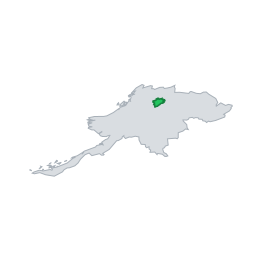 Yinmarbin, Sagaing, Myanmar (highlighted), rotated 74°
{"feature_id": "60261553B62517193175445", "entity_name": "Yinmarbin", "entity_type": "district", "adm_level": 2, "iso_a3": "MMR", "parent_name": "Myanmar", "parent_adm1": "Sagaing", "projection": "equal_earth", "projection_center": [94.702, 22.309], "detail": "fine", "context": "in_parent", "style": "filled", "palette": "green", "viewbox_px": 256, "rotation_deg": 74, "n_neighbors": 0, "source": "geoboundaries", "source_scale": "gbopen_adm2", "svg_char_len": 5827}
<svg xmlns="http://www.w3.org/2000/svg" viewBox="0 0 256 256"><g transform="rotate(74 128 128)"><path d="M157.4,113.6L155.5,112.3L154.0,113.5L151.8,113.0L152.1,115.5L150.8,116.3L148.6,116.0L147.3,119.8L142.6,120.7L139.6,120.0L137.9,123.3L137.8,127.1L137.0,129.4L137.4,133.3L135.4,134.4L134.2,134.1L134.9,135.9L136.4,136.7L137.4,140.8L137.1,142.4L143.4,151.9L145.4,159.3L146.9,158.3L147.3,159.0L146.8,161.0L144.8,162.5L144.6,170.4L141.4,172.3L141.6,174.9L141.9,176.8L144.8,182.1L147.9,185.7L149.7,189.5L150.1,195.2L149.6,197.5L150.5,200.9L152.1,203.1L154.0,212.1L150.3,220.0L146.6,225.1L146.2,230.6L145.0,232.5L144.4,230.7L144.1,225.0L145.9,221.3L146.4,214.3L147.6,212.8L147.0,212.1L145.5,212.6L146.0,206.9L145.2,206.7L145.8,205.5L144.9,196.0L142.0,189.4L141.6,186.5L141.2,190.4L140.8,189.6L140.7,184.4L139.1,178.7L139.2,178.2L140.0,178.7L139.3,177.4L138.7,177.7L138.2,176.3L137.3,164.5L136.2,162.9L136.6,157.8L137.4,156.5L134.4,157.1L132.9,152.8L132.8,150.5L129.8,147.0L130.3,148.1L129.8,149.2L130.3,151.2L129.1,154.9L127.9,156.6L126.3,157.3L125.0,156.2L124.7,154.3L124.2,154.2L125.3,158.0L120.5,161.2L119.8,163.4L117.3,166.3L116.6,165.9L117.0,162.0L115.5,165.1L113.5,165.2L113.1,161.0L112.2,163.4L111.1,164.2L111.4,157.2L111.1,159.2L109.2,162.0L107.3,162.9L107.7,157.1L110.2,148.0L110.5,145.0L109.1,137.8L106.9,131.7L107.5,131.6L106.0,129.8L105.8,125.3L104.9,126.9L104.8,129.8L102.9,128.3L101.1,124.4L101.9,124.0L104.0,125.9L105.1,124.8L105.4,123.6L102.1,119.7L103.0,118.2L101.9,118.2L99.1,116.4L98.3,116.7L98.6,118.3L98.1,118.8L97.0,116.3L97.8,115.1L97.1,115.1L97.5,112.9L97.3,112.5L96.0,115.4L95.2,114.8L96.0,113.3L95.7,112.4L94.5,110.8L94.6,113.8L91.7,109.0L90.1,102.5L91.4,100.8L93.6,102.7L93.5,94.7L94.4,93.0L96.7,94.4L97.4,92.4L98.3,91.8L97.7,86.3L98.5,82.8L100.0,82.2L100.4,79.3L100.6,75.4L99.9,71.2L101.3,72.2L102.9,71.8L106.6,73.3L108.0,68.3L111.5,60.1L110.2,58.2L110.4,57.1L113.5,52.8L115.0,49.0L114.3,45.6L115.0,42.8L117.7,41.1L123.8,35.5L128.2,34.7L130.1,36.9L131.3,37.1L129.4,31.9L133.2,28.0L133.0,24.9L134.8,21.7L135.8,21.8L136.7,23.4L137.7,23.4L139.5,25.7L141.2,32.3L142.4,31.1L144.1,32.0L144.9,41.7L144.6,47.4L143.6,48.7L144.4,51.0L142.8,51.8L141.7,54.1L140.1,54.3L139.0,57.4L137.5,57.8L136.6,60.3L136.8,62.1L135.5,63.2L135.1,66.4L136.3,67.6L136.6,69.3L135.4,72.9L136.5,73.0L140.9,70.6L144.0,71.1L146.1,70.5L144.8,72.9L146.1,76.1L146.4,81.0L151.1,82.4L151.9,83.6L150.9,85.1L149.3,93.0L155.5,94.1L155.7,97.2L157.0,98.3L157.2,100.0L158.1,100.5L161.4,100.4L163.3,98.3L165.8,97.4L165.9,99.2L165.4,100.5L162.7,102.2L160.9,105.9L160.7,106.7L161.6,107.4L158.5,108.9L157.4,113.6ZM103.0,122.2L105.0,123.7L104.6,124.8L103.4,124.9L102.4,122.9L103.0,122.2ZM142.6,201.6L143.9,204.0L142.7,205.6L142.6,201.6ZM102.8,132.2L101.8,131.4L101.1,130.1L103.3,130.1L102.8,132.2ZM144.5,211.8L144.6,214.9L143.8,214.6L143.3,212.0L144.5,211.8ZM110.3,162.9L108.9,164.9L108.7,163.2L110.6,160.7L110.3,162.9ZM136.1,160.2L135.3,159.6L135.2,157.8L135.8,157.3L136.3,158.1L136.1,160.2ZM141.9,215.6L141.7,214.6L142.6,212.1L142.5,214.3L141.9,215.6ZM141.5,221.4L142.6,223.8L142.4,224.2L141.4,222.4L140.7,222.5L141.5,221.4ZM145.3,210.0L144.1,210.7L144.0,208.5L145.3,210.0ZM142.6,232.3L141.1,234.3L141.3,233.2L142.6,232.3ZM96.6,116.7L97.1,119.1L96.2,116.2L96.6,116.7ZM142.7,196.7L142.6,198.6L142.2,195.5L142.7,196.7ZM101.1,118.4L101.3,120.0L100.5,117.7L101.1,118.4ZM141.2,207.8L140.3,206.8L140.6,206.1L141.0,206.3L141.2,207.8ZM140.5,205.0L140.0,206.3L139.4,205.5L139.9,204.9L140.5,205.0ZM140.7,212.6L140.7,213.8L140.1,211.2L140.7,212.6ZM112.3,165.2L111.7,165.1L112.5,163.9L112.6,164.4L112.3,165.2ZM144.7,221.6L144.2,221.4L144.6,220.2L144.7,221.6Z" fill="#d9dde1" stroke="#a8b0b8" stroke-width="1"/><path d="M108.9,96.3L109.0,96.3L109.3,96.5L109.3,96.4L109.4,96.5L109.5,96.7L109.6,96.8L109.8,96.9L110.0,96.8L110.1,96.5L110.1,96.4L110.1,96.2L110.3,96.3L110.5,96.3L110.6,96.2L110.8,96.0L111.0,95.9L111.2,96.0L111.3,96.0L111.5,96.1L111.8,96.3L112.0,96.3L112.0,96.2L112.1,96.3L112.1,96.2L112.3,96.1L112.5,96.1L112.8,96.0L113.0,96.2L113.1,96.3L113.3,96.3L113.7,96.3L113.8,96.4L114.1,96.3L114.2,96.2L114.2,96.3L114.3,96.3L114.5,96.3L114.6,96.2L114.8,96.1L115.0,96.1L115.2,96.3L115.3,96.3L115.3,96.2L115.2,95.9L115.2,95.7L115.1,95.2L115.1,94.9L115.1,94.7L115.1,94.4L115.1,94.1L115.2,93.8L115.2,93.6L115.0,93.2L114.9,93.1L114.8,92.9L114.7,92.8L114.6,92.7L114.6,92.3L114.6,92.2L114.5,91.9L114.4,91.8L114.4,91.7L114.2,91.4L114.2,91.0L114.2,90.9L113.9,90.7L113.8,90.4L113.8,90.2L113.7,90.0L113.6,89.9L113.5,89.7L113.4,89.4L113.4,89.0L113.5,88.9L113.5,88.7L113.5,88.4L113.6,88.2L113.7,87.9L113.5,87.7L113.5,87.4L113.5,87.2L113.4,87.2L113.3,86.9L113.2,86.8L113.2,86.7L112.9,86.9L112.7,87.0L112.7,86.9L112.6,86.7L112.4,86.6L112.4,86.4L112.4,86.2L112.5,86.1L112.4,86.0L112.4,85.9L112.2,85.8L112.1,85.7L111.9,85.7L112.0,85.6L112.1,85.2L111.9,85.0L111.7,85.1L111.4,85.3L111.3,85.2L111.2,85.1L110.9,85.1L110.9,85.3L110.9,85.5L110.8,85.8L110.8,86.1L110.7,86.3L110.8,86.3L110.8,86.5L110.7,86.5L110.8,86.6L110.7,86.6L110.4,86.7L110.2,86.6L110.0,86.8L109.9,86.9L109.8,87.0L109.7,87.1L109.4,87.1L109.5,87.2L109.6,87.3L109.6,87.5L109.4,87.5L109.2,87.5L109.1,87.4L109.0,87.5L108.9,87.7L108.9,87.8L108.9,88.1L108.9,88.3L108.9,88.6L109.0,89.1L109.0,89.3L109.0,89.6L109.0,89.8L108.8,89.8L108.7,89.8L108.6,90.0L108.6,90.3L108.5,90.6L108.5,90.8L108.5,91.1L108.4,91.1L108.3,91.4L108.3,91.5L108.1,91.5L108.1,91.4L108.1,91.6L107.9,91.5L107.9,91.4L107.9,91.2L107.8,90.9L107.7,90.8L107.6,91.0L107.6,91.3L107.7,91.6L107.7,91.8L107.8,92.1L107.8,92.3L107.9,92.5L108.0,92.6L108.0,92.9L108.3,92.9L108.4,93.0L108.5,93.0L108.8,93.1L109.0,93.0L109.0,92.9L109.1,93.2L109.1,93.3L109.1,93.6L109.2,93.8L109.2,94.0L108.9,94.4L108.9,94.5L109.0,94.6L109.0,94.8L109.0,95.1L109.0,95.3L109.0,95.7L109.0,95.9L109.0,96.0L108.9,96.2L108.9,96.3Z" fill="#22c55e" stroke="#15803d" stroke-width="1.5"/></g></svg>